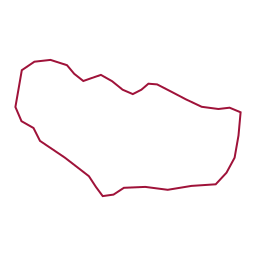 outline of Ucar
{"feature_id": "AZE-1718", "entity_name": "Ucar", "entity_type": "District", "adm_level": 1, "iso_a3": "AZE", "parent_name": "Azerbaijan", "parent_adm1": "", "projection": "mercator", "projection_center": [47.727, 40.414], "detail": "fine", "context": "isolated", "style": "outline", "palette": "rose", "viewbox_px": 256, "rotation_deg": 0, "n_neighbors": 0, "source": "natural_earth", "source_scale": "10m", "svg_char_len": 563}
<svg xmlns="http://www.w3.org/2000/svg" viewBox="0 0 256 256"><path d="M240.6,112.3L238.5,135.5L234.6,157.7L226.5,172.7L215.7,184.3L191.5,185.9L167.7,189.8L145.3,186.9L123.9,187.8L113.5,194.6L102.7,196.1L95.9,186.9L88.9,176.2L64.8,157.6L40.0,140.9L33.5,128.0L21.5,121.2L15.4,107.0L18.3,90.4L21.8,70.2L34.4,61.7L50.5,59.9L67.0,65.2L74.2,73.8L83.3,81.0L91.8,78.0L100.9,74.9L112.1,81.2L122.6,89.7L132.8,94.1L141.4,89.7L148.4,83.7L157.1,84.4L171.5,91.8L186.0,99.4L201.7,106.8L218.4,109.0L229.6,107.7L240.6,112.3Z" fill="none" stroke="#9f1239" stroke-width="2"/></svg>